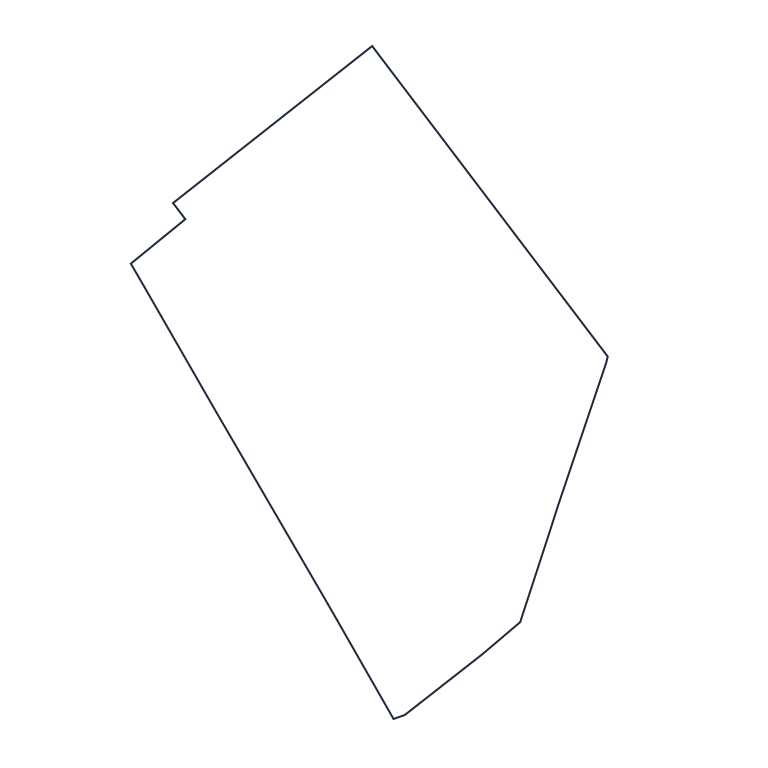 Ripley, Indiana, United States of America, rotated 142°
{"feature_id": "52423323B48064800359713", "entity_name": "Ripley", "entity_type": "district", "adm_level": 2, "iso_a3": "USA", "parent_name": "United States of America", "parent_adm1": "Indiana", "projection": "equal_earth", "projection_center": [-85.227, 39.112], "detail": "fine", "context": "isolated", "style": "outline", "palette": "slate", "viewbox_px": 768, "rotation_deg": 142, "n_neighbors": 0, "source": "geoboundaries", "source_scale": "gbopen_adm2", "svg_char_len": 370}
<svg xmlns="http://www.w3.org/2000/svg" viewBox="0 0 768 768"><g transform="rotate(142 384 384)"><path d="M190.8,267.9L185.3,657.6L438.8,656.5L439.1,636.2L509.4,634.7L512.9,609.2L533.1,467.8L562.6,253.2L565.7,231.2L582.7,114.2L571.5,110.4L472.9,110.5L423.3,112.5L341.1,167.8L321.6,181.1L195.7,264.0L190.8,267.9Z" fill="none" stroke="#1e293b" stroke-width="2"/></g></svg>